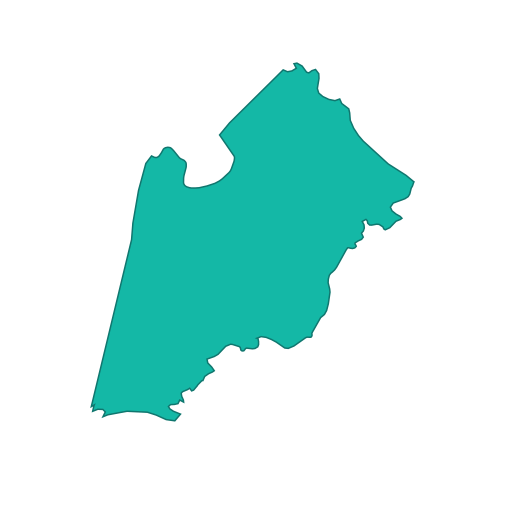 outline of Grand Gedeh, rotated 106°
{"feature_id": "LBR-793", "entity_name": "Grand Gedeh", "entity_type": "County", "adm_level": 1, "iso_a3": "LBR", "parent_name": "Liberia", "parent_adm1": "", "projection": "albers", "projection_center": [-8.193, 5.975], "detail": "fine", "context": "isolated", "style": "filled", "palette": "teal", "viewbox_px": 512, "rotation_deg": 106, "n_neighbors": 0, "source": "natural_earth", "source_scale": "10m", "svg_char_len": 2824}
<svg xmlns="http://www.w3.org/2000/svg" viewBox="0 0 512 512"><g transform="rotate(106 256 256)"><path d="M141.4,124.7L145.6,124.9L148.1,125.5L154.1,125.3L157.0,126.1L159.9,128.6L167.3,138.7L172.0,140.3L175.1,137.7L177.1,133.0L178.2,128.3L179.5,126.1L181.0,127.2L184.0,131.0L191.9,135.2L195.2,139.0L194.8,140.5L193.0,142.1L191.7,146.3L192.1,148.7L194.4,153.3L194.9,155.3L193.7,157.6L191.4,158.8L190.5,160.4L193.5,163.4L196.2,160.8L199.3,159.6L202.4,159.7L205.0,160.9L208.3,158.1L210.9,159.1L213.3,161.9L216.0,164.3L217.2,164.2L218.1,163.0L219.1,162.3L221.0,163.3L222.2,165.3L222.5,167.4L222.5,169.1L222.9,170.2L225.2,171.0L244.7,175.5L247.7,176.6L250.4,178.2L252.1,179.4L254.3,180.2L258.3,180.1L261.8,179.3L267.4,176.1L270.4,174.9L282.1,173.3L288.9,173.1L293.3,174.1L297.4,176.9L313.6,180.8L315.0,181.0L316.1,180.5L317.3,180.2L318.8,180.7L319.2,181.6L319.9,184.5L320.8,185.7L332.0,194.7L335.9,199.5L336.5,203.0L333.2,212.7L332.0,218.1L331.4,223.8L332.1,228.9L334.8,232.5L334.9,231.3L337.4,230.0L340.5,229.1L342.8,229.3L345.2,231.5L346.2,233.9L347.1,239.6L347.9,240.6L349.2,241.0L350.5,241.6L351.1,243.2L350.6,244.6L348.3,245.9L347.7,247.0L347.5,254.2L347.8,256.1L351.1,260.2L361.0,265.4L364.1,268.4L368.6,274.7L372.1,272.9L375.0,267.9L377.8,264.5L379.5,265.9L382.2,269.1L385.9,272.1L390.4,272.7L390.8,273.7L396.0,276.5L396.7,276.6L402.1,279.0L403.4,280.7L401.4,283.3L403.3,285.0L406.7,289.2L408.5,290.1L411.4,288.7L414.5,286.1L416.4,285.3L415.5,289.6L419.4,290.3L421.2,293.6L422.4,297.2L424.8,298.7L426.7,296.7L428.0,292.6L428.8,285.0L436.8,288.6L438.0,297.3L436.4,308.1L436.1,317.4L440.8,337.2L444.1,343.9L449.5,354.7L452.7,358.8L447.4,357.9L445.7,360.9L446.9,365.8L450.3,370.2L445.3,370.5L443.7,370.4L446.2,372.8L274.6,380.1L258.3,383.4L225.2,387.0L197.4,387.4L188.6,384.0L189.1,381.3L189.1,380.3L188.9,379.3L188.6,378.4L187.7,377.5L186.4,376.6L182.9,375.4L178.9,374.5L177.9,373.9L176.9,372.9L175.8,370.8L175.6,369.5L175.5,368.3L175.8,367.2L176.3,366.2L177.4,364.3L182.6,356.9L183.0,356.0L183.3,355.1L183.7,352.4L183.9,351.5L184.4,350.6L185.0,349.7L185.7,349.0L186.7,348.5L187.6,348.2L189.5,347.7L190.6,347.6L198.8,347.4L200.9,347.1L205.1,346.0L206.1,345.6L206.9,345.0L207.6,344.2L208.1,343.4L208.4,342.5L208.6,341.6L208.7,338.9L208.5,337.1L207.5,333.4L206.1,329.5L202.2,322.4L197.4,315.4L193.9,311.8L191.0,309.6L183.2,304.9L181.3,304.1L179.0,303.7L170.9,303.2L168.5,303.5L166.7,304.0L165.9,304.7L149.7,324.4L135.3,318.1L69.6,281.2L70.2,276.5L68.2,272.5L64.4,269.0L60.7,272.5L59.3,269.8L60.7,264.0L65.4,258.0L65.4,255.7L62.4,253.3L60.3,250.2L63.5,245.9L67.9,244.4L78.1,243.2L82.1,240.6L84.3,235.7L85.4,229.1L84.9,222.9L82.0,218.8L85.8,215.6L89.0,207.4L92.6,205.4L99.6,202.8L106.3,197.3L112.0,190.7L116.0,184.6L131.1,154.2L137.1,134.0L141.2,124.6L141.4,124.7Z" fill="#14b8a6" stroke="#0f766e" stroke-width="1.5"/></g></svg>